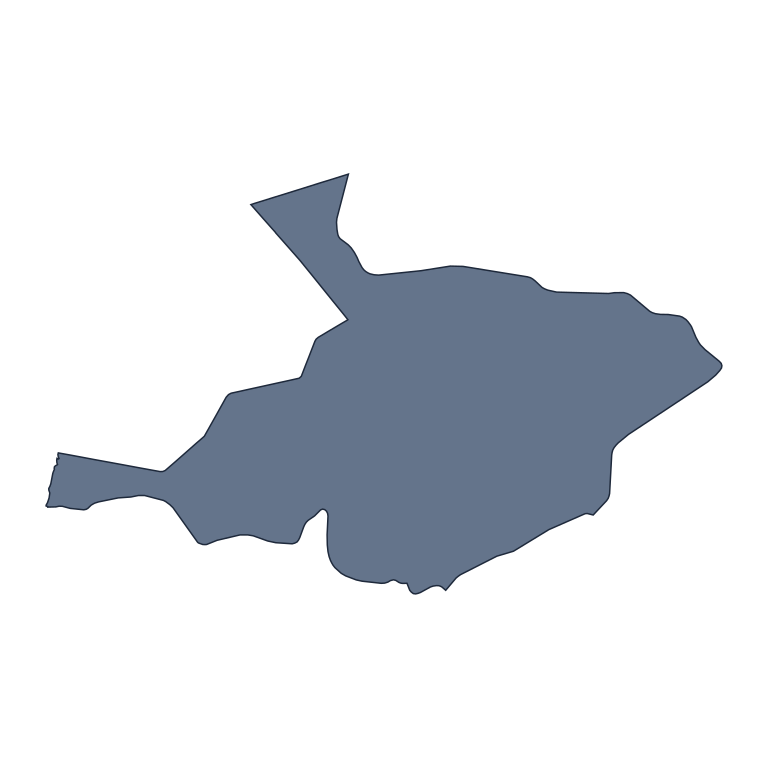 outline of Al Jawf
{"feature_id": "SAU-862", "entity_name": "Al Jawf", "entity_type": "Region", "adm_level": 1, "iso_a3": "SAU", "parent_name": "Saudi Arabia", "parent_adm1": "", "projection": "natural_earth1", "projection_center": [37.819, 29.945], "detail": "fine", "context": "isolated", "style": "filled", "palette": "slate", "viewbox_px": 768, "rotation_deg": 0, "n_neighbors": 0, "source": "natural_earth", "source_scale": "10m", "svg_char_len": 3101}
<svg xmlns="http://www.w3.org/2000/svg" viewBox="0 0 768 768"><path d="M160.2,471.6L162.8,471.5L165.2,470.5L175.7,461.4L185.8,452.5L196.9,442.7L204.3,436.3L210.5,425.3L216.5,414.6L220.9,406.7L226.2,397.2L228.5,394.6L231.1,393.2L239.4,391.4L247.9,389.5L261.6,386.5L275.2,383.5L288.0,380.7L299.2,378.2L301.3,376.3L305.5,365.4L308.7,357.3L312.1,348.5L314.9,341.3L316.1,339.2L318.3,337.3L328.7,331.1L340.2,324.3L347.2,320.2L347.8,319.8L347.9,319.7L343.2,313.8L332.7,300.9L322.3,288.0L311.9,275.1L301.4,262.2L301.1,261.8L300.8,261.4L300.5,261.1L300.2,260.7L287.9,246.7L275.7,232.9L275.6,232.6L263.2,218.6L250.9,204.6L254.5,203.4L274.4,197.2L297.9,189.9L321.4,182.5L327.0,180.8L344.9,175.2L348.4,174.1L336.9,218.4L336.5,222.3L337.0,229.5L337.5,232.5L337.6,233.2L337.9,234.7L338.6,236.6L340.1,238.7L348.3,244.9L351.2,247.9L354.4,252.5L357.1,257.5L358.8,261.5L362.0,267.5L363.7,269.7L365.7,271.5L367.8,272.8L369.9,273.8L374.2,274.8L378.7,275.1L421.1,270.7L450.3,266.1L463.0,266.4L527.3,276.8L530.5,277.7L532.7,279.0L535.0,280.8L542.0,287.4L544.5,288.8L547.7,290.1L556.6,292.1L608.7,293.5L614.4,292.7L623.7,292.6L627.4,293.6L630.5,295.1L649.6,311.2L652.1,312.6L655.4,313.7L660.5,314.4L668.2,314.5L679.5,316.1L682.3,317.1L685.9,319.5L687.9,321.6L690.3,324.8L691.5,326.7L695.9,337.3L698.7,342.4L700.4,344.9L705.1,349.7L719.4,361.4L721.2,363.4L721.9,365.7L721.5,368.0L719.9,370.4L715.7,375.1L707.8,381.8L628.5,434.4L618.3,442.8L616.0,445.2L614.1,447.6L612.8,450.0L612.1,452.5L611.7,455.0L609.6,493.6L609.4,494.4L609.0,496.1L608.2,498.3L606.6,500.7L593.2,515.0L587.2,513.5L585.1,513.7L548.9,529.6L513.5,551.2L496.8,556.2L460.6,574.6L458.3,576.2L456.1,578.0L445.7,590.3L441.9,587.0L440.6,586.3L438.9,585.7L436.4,585.6L433.1,586.1L430.4,587.0L420.4,592.5L417.9,593.4L415.6,593.9L413.3,593.6L411.2,592.0L409.7,590.2L407.0,583.3L402.8,583.4L401.0,583.2L398.9,582.4L395.8,580.4L393.5,579.8L390.4,580.6L387.9,582.1L384.7,583.1L381.2,583.3L362.1,581.2L356.2,579.9L345.7,575.9L341.2,573.3L334.9,567.6L333.1,565.3L331.7,562.9L330.5,560.5L329.1,556.6L328.0,551.7L327.3,545.0L327.1,534.8L328.0,516.1L327.6,513.4L326.5,511.2L324.7,509.6L322.6,509.1L320.6,509.9L314.6,515.9L308.2,520.3L306.3,522.2L304.8,524.5L303.7,526.9L299.8,537.5L298.6,539.9L297.1,541.9L294.8,543.1L292.2,543.8L275.7,542.7L267.7,541.0L253.2,535.8L247.7,534.9L240.1,534.9L217.1,540.3L206.6,544.5L205.1,544.6L202.8,544.5L198.8,543.1L198.1,542.7L197.5,542.1L173.0,507.7L169.9,504.7L165.7,501.6L163.4,500.4L144.6,495.5L138.4,495.5L130.9,497.0L118.2,497.9L98.6,501.9L94.5,503.2L91.2,505.1L87.8,508.4L86.2,509.3L83.8,509.8L70.2,508.4L62.4,506.3L59.1,506.2L55.9,506.9L47.8,507.1L47.7,507.1L47.7,506.5L46.1,506.0L46.1,505.2L47.5,502.7L49.1,497.9L49.8,493.0L48.8,490.0L48.8,488.4L49.9,486.3L50.8,483.8L52.8,473.4L53.3,471.9L54.4,469.3L54.2,468.6L54.4,466.9L55.3,465.9L57.5,464.6L56.9,462.7L56.7,460.1L57.0,458.4L58.1,459.1L58.3,458.7L58.3,458.4L58.4,458.2L58.9,458.3L58.2,456.5L57.9,454.6L58.3,452.9L68.9,454.8L80.2,456.9L95.1,459.7L108.3,462.1L122.5,464.7L133.8,466.8L139.2,467.8L150.2,469.8L160.2,471.6Z" fill="#64748b" stroke="#1e293b" stroke-width="1.5"/></svg>